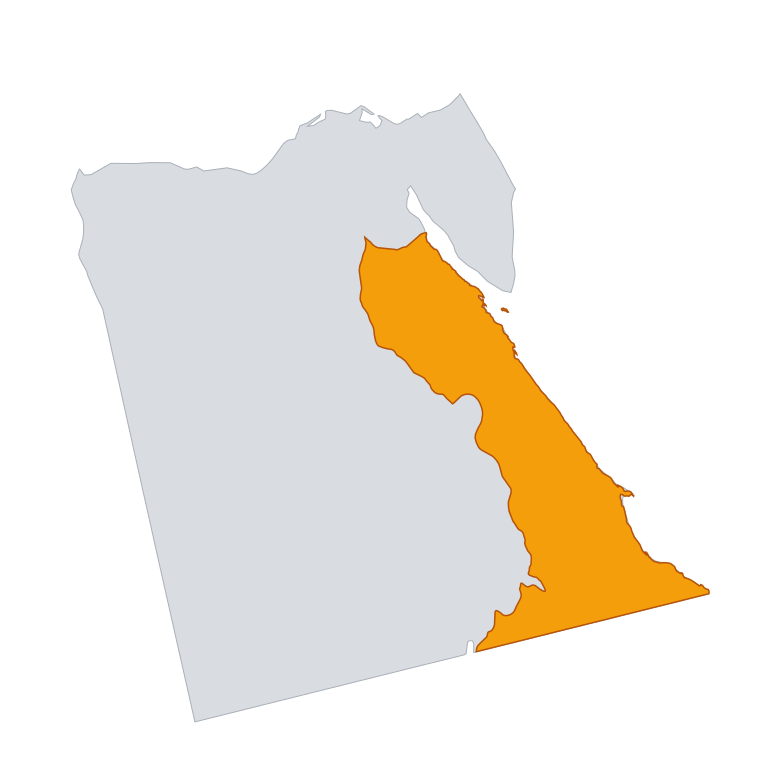 where Al Bahr al Ahmar sits in Egypt, rotated 346°
{"feature_id": "EGY-1556", "entity_name": "Al Bahr al Ahmar", "entity_type": "Governorate", "adm_level": 1, "iso_a3": "EGY", "parent_name": "Egypt", "parent_adm1": "", "projection": "equal_earth", "projection_center": [33.554, 25.647], "detail": "fine", "context": "in_parent", "style": "filled", "palette": "amber", "viewbox_px": 768, "rotation_deg": 346, "n_neighbors": 0, "source": "natural_earth", "source_scale": "10m", "svg_char_len": 9271}
<svg xmlns="http://www.w3.org/2000/svg" viewBox="0 0 768 768"><g transform="rotate(346 384 384)"><path d="M647.9,666.0L633.3,666.0L618.7,666.1L604.1,666.1L589.5,666.1L574.9,666.1L560.3,666.1L545.7,666.1L531.1,666.1L516.5,666.1L501.9,666.1L487.3,666.1L472.7,666.1L458.2,666.1L443.5,666.1L429.0,666.1L414.4,666.1L406.0,666.1L407.5,660.8L408.4,657.0L407.4,654.4L404.6,653.8L402.7,654.6L398.3,665.7L396.0,666.2L390.8,666.2L373.8,666.2L356.8,666.1L339.8,666.1L322.8,666.1L305.8,666.1L288.8,666.1L271.8,666.1L254.8,666.1L237.8,666.1L220.8,666.1L203.8,666.1L186.8,666.1L169.8,666.1L152.8,666.1L135.8,666.1L118.8,666.1L119.1,652.7L119.4,639.3L119.7,625.9L120.0,612.6L120.3,599.2L120.6,585.9L120.9,572.6L121.2,559.2L121.5,545.9L121.8,532.7L122.1,519.4L122.4,506.1L122.7,492.9L123.0,479.6L123.4,466.4L123.7,453.2L124.0,440.0L124.3,426.8L124.7,413.6L125.0,400.5L125.3,387.3L125.7,374.2L126.0,361.1L126.4,348.0L126.7,334.9L127.1,321.8L127.4,308.8L127.8,295.8L128.1,282.7L128.5,269.7L128.8,256.7L129.2,243.7L128.9,241.3L126.8,232.5L124.9,221.3L122.9,207.6L122.8,203.1L119.2,189.0L119.0,185.0L120.1,182.2L126.9,170.3L129.1,164.5L130.9,157.6L131.6,152.0L130.0,143.4L128.0,135.7L127.5,127.8L127.4,120.1L130.9,114.8L135.0,109.9L136.6,106.8L139.0,103.4L140.7,101.8L143.7,108.8L150.4,110.0L172.4,103.8L196.4,110.0L209.7,112.4L230.1,117.6L242.4,127.1L245.8,128.3L254.8,128.1L260.6,133.7L284.1,136.3L296.5,142.5L303.5,147.4L307.8,148.9L311.6,148.7L316.7,146.8L323.2,143.4L330.2,138.6L344.9,126.2L350.1,124.1L353.4,124.6L357.5,124.5L359.2,121.1L361.4,118.8L362.8,116.2L365.0,113.1L372.6,112.2L387.7,106.9L386.0,109.4L372.2,115.4L378.1,116.2L384.1,114.1L391.0,112.8L392.3,110.2L393.2,105.5L394.6,104.8L399.3,105.7L413.4,113.1L416.9,113.2L426.9,109.2L429.0,108.3L432.2,110.6L439.6,119.7L437.0,119.6L429.2,111.7L428.4,115.6L423.9,122.5L429.5,125.5L434.1,126.6L436.5,130.5L438.0,133.9L442.5,132.4L445.8,127.8L444.1,125.1L443.0,122.4L444.5,122.4L447.6,124.6L456.5,133.5L459.5,135.3L463.0,135.0L470.3,132.5L472.3,132.9L482.1,129.6L483.3,132.0L484.9,134.4L492.8,131.7L505.2,131.8L515.3,128.9L527.0,121.9L527.9,120.8L528.6,122.5L530.0,127.3L533.6,139.5L536.7,149.1L540.6,162.3L541.8,167.4L542.3,171.0L547.9,185.6L551.3,197.6L553.7,207.4L557.2,221.7L558.7,226.7L556.3,229.3L551.5,238.6L546.4,268.3L539.1,291.5L538.3,306.0L537.1,311.3L533.6,318.7L529.3,325.9L521.7,322.2L509.3,309.5L502.1,297.4L494.3,289.6L487.0,279.3L485.1,271.9L485.1,267.1L482.0,255.5L479.6,250.0L470.8,237.7L468.2,231.1L466.3,228.3L464.3,224.1L461.2,208.2L457.7,198.1L453.7,200.9L454.4,205.1L450.9,211.0L448.7,217.8L450.3,223.4L457.6,231.9L459.0,235.7L460.7,243.7L460.4,254.7L461.5,258.4L467.0,266.6L468.9,271.4L470.1,275.6L471.9,279.4L477.3,286.5L485.0,300.1L492.4,309.3L497.8,313.7L500.0,318.1L500.5,329.6L500.1,335.1L504.8,345.4L506.6,350.6L511.1,354.8L513.2,359.7L515.1,367.6L518.1,391.0L522.0,396.8L534.3,427.6L544.7,447.2L549.8,461.8L557.5,479.6L572.7,518.8L581.7,531.0L585.3,537.8L591.8,543.0L598.9,550.6L592.2,549.9L590.5,550.4L588.2,551.7L587.0,556.3L586.6,560.0L587.5,580.0L589.4,590.2L595.4,609.5L599.9,615.3L602.0,619.0L605.1,621.8L619.1,628.4L627.4,642.3L646.0,660.0L647.9,664.9L647.9,666.0Z" fill="#d9dde1" stroke="#a8b0b8" stroke-width="1"/><path d="M648.5,666.1L408.7,666.1L410.0,662.8L411.0,661.4L412.1,660.4L413.0,659.7L422.3,654.3L422.8,653.8L424.5,650.6L425.0,650.0L425.6,649.8L427.7,649.6L428.8,649.2L431.1,647.2L432.5,645.2L433.2,643.6L436.2,633.5L436.6,632.2L437.4,631.2L437.9,631.0L438.4,631.1L439.4,631.8L441.4,633.8L443.6,636.9L445.2,637.9L446.3,638.3L449.4,638.5L451.5,638.1L453.5,637.3L455.2,636.1L456.8,634.3L458.2,632.3L464.0,625.8L465.2,624.0L465.8,622.8L466.2,620.9L466.2,619.2L466.0,615.8L466.3,615.0L467.5,613.4L468.0,611.6L468.6,610.6L469.5,610.6L470.0,611.1L472.4,614.2L474.0,615.5L475.4,615.7L479.0,615.0L480.1,615.1L481.1,615.6L482.2,616.4L485.7,620.9L488.6,623.6L490.0,624.1L490.4,623.8L490.6,623.1L490.5,621.6L488.6,613.8L488.3,613.2L486.7,611.0L486.1,609.7L485.3,608.6L482.2,607.1L479.1,604.8L478.6,604.3L478.3,603.6L478.2,602.9L478.5,602.0L479.7,600.3L480.9,596.9L482.7,595.0L483.0,594.5L484.8,588.8L485.2,586.7L485.0,584.9L484.5,583.6L483.3,581.2L483.0,580.3L482.0,574.7L482.1,572.2L483.0,570.4L483.3,568.8L483.0,565.7L483.0,562.9L482.8,562.0L482.3,560.7L481.8,560.0L479.6,557.8L478.9,556.7L477.3,551.6L476.3,549.2L475.9,547.8L474.6,537.7L475.0,533.7L476.0,529.0L476.4,528.0L480.7,520.8L481.2,519.5L481.7,517.6L481.7,516.0L477.0,503.8L476.7,503.0L476.4,500.9L476.3,493.0L476.0,489.5L475.0,486.0L473.5,482.8L471.9,480.3L463.0,472.0L461.6,470.4L460.6,468.5L460.2,466.9L459.4,462.5L459.4,458.5L460.4,455.4L461.1,454.2L464.0,450.3L468.2,445.7L469.2,444.3L470.0,443.0L472.3,437.4L472.7,435.8L473.0,432.8L473.0,430.7L472.5,426.4L471.9,423.7L471.4,422.4L470.8,421.0L469.1,418.2L467.6,416.5L465.6,415.1L462.2,413.9L459.4,413.7L455.9,414.3L447.0,419.4L445.7,419.8L441.1,412.7L439.9,410.1L439.1,408.7L437.8,407.9L435.0,407.1L433.7,406.5L431.8,405.1L431.2,404.4L429.4,401.3L428.8,399.8L428.5,396.5L428.2,395.6L425.6,390.6L425.0,388.6L423.0,386.4L415.7,380.2L411.1,368.6L410.1,366.5L406.8,362.3L403.7,359.4L403.1,358.0L402.4,355.6L401.5,354.0L400.5,352.9L399.2,352.0L396.5,351.0L392.1,348.7L388.3,346.1L387.8,345.6L387.1,344.4L386.5,342.0L386.3,339.5L386.5,334.3L387.3,328.8L387.3,326.5L387.1,324.7L385.7,319.1L385.4,313.7L385.2,312.1L384.5,309.7L382.0,303.6L381.8,300.5L381.3,297.2L381.4,296.2L381.7,294.8L383.0,291.0L385.4,286.0L385.6,284.8L387.2,269.5L387.5,267.8L388.4,265.2L389.3,263.2L392.3,258.6L394.8,253.8L396.0,252.0L398.0,249.5L398.6,248.5L400.8,242.5L400.8,241.7L400.7,239.4L400.9,237.0L404.0,241.5L405.2,242.9L406.3,245.4L406.8,246.2L408.5,248.3L410.6,250.0L411.4,250.4L427.3,256.1L429.2,257.1L435.1,256.0L438.6,256.3L439.3,256.1L453.4,249.0L454.7,248.1L456.5,247.5L457.3,247.3L461.5,247.3L461.6,249.1L460.9,250.0L460.7,250.7L460.2,251.0L460.1,251.5L460.4,252.1L460.1,255.8L460.4,256.5L462.2,258.8L462.5,261.2L463.6,262.6L465.4,265.5L467.0,265.9L467.9,267.1L468.5,268.8L470.6,278.6L473.1,280.2L474.7,282.2L475.1,283.2L476.4,283.8L476.8,285.3L478.1,288.2L478.5,288.6L478.4,288.9L478.1,289.0L480.1,290.8L480.9,292.1L480.8,293.3L481.5,294.3L481.8,295.5L482.9,297.3L485.0,299.9L485.5,301.2L486.8,302.1L487.1,303.9L487.8,304.1L488.6,304.5L490.0,306.6L490.9,307.3L490.9,308.9L491.2,309.3L491.7,309.4L492.2,309.3L492.5,310.1L493.5,310.6L495.4,311.3L498.5,314.6L499.5,317.1L500.3,318.2L501.3,320.9L501.4,322.0L501.6,322.4L502.0,324.4L501.1,324.4L500.6,323.1L497.5,321.2L497.2,321.2L496.8,322.5L497.2,323.6L498.5,325.3L498.7,326.2L499.0,326.7L500.2,326.1L500.5,326.2L500.3,327.8L499.6,329.2L500.2,330.0L501.2,330.8L502.0,332.4L502.0,332.8L500.5,330.8L500.2,330.8L500.2,331.2L500.5,332.0L500.2,332.0L499.9,330.9L499.1,331.0L498.3,331.8L497.8,332.8L498.8,333.4L499.6,334.6L500.8,337.2L500.5,338.0L500.5,339.2L501.2,339.8L503.1,340.9L503.8,341.6L504.1,344.0L505.4,346.0L506.0,349.7L506.3,350.5L507.8,352.2L509.5,353.5L511.3,354.6L512.2,355.3L512.7,356.3L512.7,359.2L512.1,360.0L512.4,361.2L512.7,363.4L513.1,364.2L514.7,365.8L515.5,367.1L515.8,368.0L515.2,367.9L515.2,368.9L515.5,369.7L516.4,371.1L517.3,373.7L517.7,374.5L519.4,375.9L519.7,376.5L520.0,379.3L519.7,380.0L518.9,380.0L518.1,379.3L517.6,380.4L517.5,382.2L517.7,384.0L517.7,385.5L516.9,389.0L517.3,390.8L517.9,391.4L519.3,391.9L520.0,392.4L520.5,393.2L520.9,395.0L522.3,397.3L522.9,398.9L524.5,404.0L526.6,408.7L527.6,410.6L531.4,420.9L533.1,423.9L534.7,428.9L538.2,434.7L539.0,437.2L541.9,442.5L543.9,445.2L547.8,454.3L548.4,457.1L549.4,459.6L549.9,462.6L550.7,464.2L552.6,467.2L553.6,470.4L554.9,472.9L555.5,475.4L561.3,487.7L561.5,489.6L562.0,491.2L563.6,493.5L563.8,496.8L564.1,498.7L564.5,499.4L566.9,501.8L567.6,503.5L568.9,508.9L570.5,512.3L571.2,513.0L571.2,513.9L570.5,515.7L570.5,517.4L572.3,518.2L574.5,523.3L580.5,528.8L581.5,530.2L583.1,535.9L584.3,537.5L586.0,540.5L586.8,540.4L586.0,538.7L586.5,538.6L587.4,539.8L588.6,540.4L590.2,542.5L590.9,544.1L591.0,545.8L592.3,546.8L593.7,546.5L595.9,547.3L596.9,547.9L597.6,548.8L598.5,551.5L599.3,552.7L599.0,553.3L597.4,551.0L596.8,550.9L594.5,552.2L592.8,551.4L590.7,551.1L589.9,550.7L589.1,549.5L588.6,549.3L588.6,549.0L586.9,548.3L586.6,548.7L586.0,550.1L585.6,551.8L586.0,554.7L585.3,558.9L585.7,560.4L586.5,560.7L586.9,561.4L586.7,562.7L586.9,565.7L586.7,568.1L586.6,573.3L586.0,576.8L586.2,577.6L587.6,580.2L588.6,582.9L588.8,583.9L588.8,586.7L589.9,593.6L592.0,598.0L593.5,601.9L594.1,607.3L595.3,610.3L597.2,613.2L598.4,614.0L596.6,610.3L597.4,610.4L598.0,610.9L598.7,612.8L599.3,616.2L600.0,616.8L600.7,618.2L602.1,620.4L603.8,622.0L606.3,623.1L607.6,624.2L608.2,624.5L610.7,624.7L614.3,625.6L617.7,627.0L619.0,628.0L621.1,630.5L621.9,632.0L622.1,634.7L622.9,636.5L625.6,639.3L627.0,640.0L626.8,639.1L627.1,639.1L628.0,640.4L627.8,642.1L628.6,644.6L631.6,646.3L634.1,648.2L636.8,651.0L640.8,655.8L641.7,656.3L642.4,656.2L642.8,655.3L643.9,656.0L644.5,656.9L645.5,659.4L646.2,660.1L647.9,661.4L649.0,661.9L649.2,664.1L649.1,664.8L648.5,666.1ZM519.5,340.5L521.0,341.2L521.5,343.3L522.0,344.0L522.0,344.3L521.1,344.2L520.1,342.7L518.7,342.1L517.9,341.1L516.9,341.6L516.5,341.2L516.0,339.9L516.3,339.6L516.9,339.2L518.2,339.3L519.5,340.5ZM517.9,382.8L518.8,382.8L520.0,386.2L520.0,387.6L519.4,386.8L517.9,382.8Z" fill="#f59e0b" stroke="#b45309" stroke-width="1.5"/></g></svg>